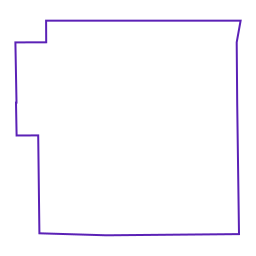 outline of Bond, Illinois, United States of America
{"feature_id": "52423323B7172097190343", "entity_name": "Bond", "entity_type": "district", "adm_level": 2, "iso_a3": "USA", "parent_name": "United States of America", "parent_adm1": "Illinois", "projection": "orthographic", "projection_center": [-89.477, 38.884], "detail": "fine", "context": "isolated", "style": "outline", "palette": "violet", "viewbox_px": 256, "rotation_deg": 0, "n_neighbors": 0, "source": "geoboundaries", "source_scale": "gbopen_adm2", "svg_char_len": 281}
<svg xmlns="http://www.w3.org/2000/svg" viewBox="0 0 256 256"><path d="M240.6,20.7L46.1,20.7L46.2,42.3L15.4,42.4L16.5,102.6L16.0,102.6L16.6,135.5L38.2,135.4L39.4,233.3L106.5,235.3L239.0,234.1L237.2,103.3L236.7,42.3L240.6,20.7Z" fill="none" stroke="#5b21b6" stroke-width="2"/></svg>